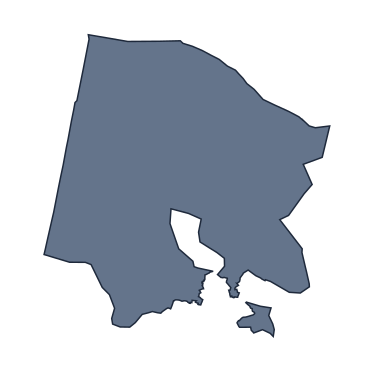 Odogbolu, Ogun, Nigeria (Robinson projection), rotated 101°
{"feature_id": "59680162B50359341822283", "entity_name": "Odogbolu", "entity_type": "district", "adm_level": 2, "iso_a3": "NGA", "parent_name": "Nigeria", "parent_adm1": "Ogun", "projection": "robinson", "projection_center": [3.89, 6.792], "detail": "fine", "context": "isolated", "style": "filled", "palette": "slate", "viewbox_px": 384, "rotation_deg": 101, "n_neighbors": 0, "source": "geoboundaries", "source_scale": "gbopen_adm2", "svg_char_len": 4919}
<svg xmlns="http://www.w3.org/2000/svg" viewBox="0 0 384 384"><g transform="rotate(101 192 192)"><path d="M57.4,323.8L61.6,322.2L64.5,322.2L91.9,322.2L108.6,322.3L123.3,322.4L124.3,322.4L126.5,323.9L134.3,323.8L145.0,323.9L164.0,323.7L171.8,323.8L190.2,323.6L201.1,323.8L212.6,323.9L238.3,323.9L243.6,324.1L265.5,324.8L276.6,325.1L281.6,325.3L284.3,298.8L281.4,283.3L282.5,277.2L302.8,261.9L308.5,253.5L320.9,245.8L331.5,246.7L336.8,244.7L338.2,236.8L336.5,227.3L331.0,222.7L321.6,217.5L318.8,211.6L316.9,208.1L317.1,202.7L316.9,199.5L315.2,198.4L313.8,197.1L311.3,194.7L310.3,193.4L310.5,192.3L310.5,192.0L310.8,190.7L310.1,190.5L308.5,190.2L306.8,189.9L304.5,189.6L302.3,189.4L302.3,188.9L302.1,188.6L301.5,188.2L301.1,187.9L300.9,187.1L300.7,185.8L300.6,184.6L300.6,183.7L300.8,182.4L301.1,181.2L300.8,180.0L300.3,179.3L300.2,178.4L300.1,177.3L300.2,176.8L300.2,176.3L300.3,175.9L300.4,175.7L300.5,175.6L300.8,175.3L300.9,175.2L301.0,175.0L301.1,174.6L301.2,174.3L301.3,174.0L301.3,173.6L301.3,173.2L301.7,173.2L301.6,172.5L301.3,172.5L301.0,172.6L300.7,172.6L300.7,172.0L300.7,171.5L300.7,171.1L299.8,171.1L298.3,171.2L298.3,170.7L298.2,170.2L298.2,169.6L298.2,169.1L298.1,168.6L298.0,167.9L298.0,167.2L298.1,167.3L298.3,167.3L298.8,167.4L299.5,167.6L299.6,167.2L299.7,166.9L299.8,166.6L299.9,166.1L299.9,165.8L300.0,165.6L300.1,165.3L300.0,165.0L300.0,164.7L300.3,164.6L301.2,164.7L301.3,164.3L301.3,163.9L301.3,163.6L301.3,163.2L301.2,162.7L301.2,162.3L301.2,162.0L301.2,161.9L300.8,161.8L300.7,161.8L300.1,161.7L299.4,161.6L298.9,161.5L298.2,161.3L297.5,161.2L297.1,161.1L296.3,161.0L295.6,160.9L295.3,161.8L295.1,162.5L294.8,162.9L294.2,163.6L294.0,164.1L293.7,164.6L293.5,165.6L293.3,165.5L293.0,165.5L292.8,165.5L292.5,165.5L292.4,165.5L292.1,165.5L291.9,165.5L291.7,165.5L291.3,165.5L290.7,165.5L290.4,165.5L290.1,165.2L289.8,164.9L289.5,164.5L289.4,164.4L289.3,164.2L289.2,164.1L288.9,164.3L288.4,164.8L287.9,165.2L287.1,166.1L286.6,165.4L286.2,164.9L285.8,164.3L285.1,163.2L284.9,162.7L284.8,162.2L284.2,162.4L283.8,162.7L282.2,163.9L281.9,164.1L281.8,163.9L281.5,163.7L281.1,163.9L280.8,163.9L280.4,163.8L280.0,163.8L280.0,164.2L280.0,164.5L279.5,164.6L279.3,164.8L279.2,165.0L278.9,164.9L278.7,164.9L278.2,164.9L278.2,164.7L278.2,164.4L278.3,164.3L278.1,164.3L277.7,164.2L277.4,164.0L277.0,163.9L276.7,163.8L276.9,163.6L277.2,163.3L276.4,163.0L275.7,162.8L275.2,162.8L275.0,162.7L274.4,162.9L273.7,163.1L272.9,163.1L271.9,163.3L271.0,163.5L270.2,162.2L268.5,160.2L268.2,159.6L267.4,159.3L265.8,156.1L265.5,171.8L264.9,175.7L259.8,177.9L250.3,194.2L227.2,207.6L212.5,209.4L213.7,191.3L216.8,177.8L230.2,177.9L239.5,174.6L243.5,164.3L246.7,155.9L250.9,147.6L258.7,145.9L268.2,151.2L270.4,147.2L270.3,146.6L270.3,145.3L269.7,144.3L269.8,143.1L269.9,140.9L270.1,140.8L271.3,140.8L271.8,140.9L272.8,141.1L274.1,141.0L274.7,140.3L275.6,139.1L276.8,137.7L277.7,136.5L278.6,135.6L279.0,135.7L279.3,135.8L279.7,135.8L280.0,135.8L280.6,135.9L281.0,135.9L281.1,136.4L281.3,136.9L281.4,137.2L281.9,136.9L282.1,136.8L282.5,136.6L283.2,136.3L283.5,136.1L284.0,135.8L284.3,135.6L284.7,135.4L285.0,135.4L285.6,135.2L286.1,135.0L286.6,134.7L287.0,134.5L286.7,133.6L287.5,133.9L287.3,132.2L287.5,132.1L287.4,131.4L287.8,131.2L287.5,130.3L286.9,130.2L286.8,129.5L286.8,128.7L286.7,127.7L286.6,127.1L285.7,127.1L284.0,126.7L282.0,126.4L281.8,128.2L280.8,128.6L280.2,128.9L279.0,129.5L279.6,131.1L279.4,131.1L279.0,131.2L278.9,131.4L278.6,131.4L278.3,131.5L278.0,131.4L277.8,131.3L277.6,131.3L277.5,131.2L277.1,131.0L276.2,130.2L275.6,129.5L274.8,128.6L273.8,129.8L273.2,130.5L273.2,130.4L272.3,129.6L271.7,129.0L271.3,128.7L271.0,128.4L270.5,128.2L270.1,128.2L269.5,128.2L268.9,128.2L268.5,128.2L267.8,128.3L267.2,128.4L265.0,127.4L263.0,126.4L261.9,126.2L257.9,122.0L262.0,113.4L263.3,108.2L264.0,107.1L264.6,105.1L265.1,103.4L264.1,103.1L264.8,97.9L271.9,77.4L270.5,66.4L262.7,58.7L259.8,59.4L248.2,64.5L244.3,66.3L230.5,72.5L226.7,73.0L202.4,100.6L196.5,92.7L172.3,81.6L161.7,75.5L143.6,88.1L133.1,70.8L100.9,69.4L105.4,83.2L104.8,89.6L99.8,97.5L100.0,97.5L97.8,101.4L94.4,112.7L90.8,127.7L87.6,139.9L79.4,150.6L75.1,158.9L72.3,161.9L70.8,163.5L67.1,168.7L64.1,172.6L61.7,181.2L56.7,190.5L56.4,191.5L53.9,200.2L51.3,208.5L48.9,219.3L47.8,229.3L45.8,232.3L50.2,252.5L56.5,283.8L57.4,323.8ZM290.7,92.3L291.1,103.1L289.7,117.6L290.0,117.7L290.4,118.0L291.8,115.8L293.2,113.2L293.8,113.1L294.8,112.3L295.0,110.7L295.7,110.6L296.6,110.3L297.6,109.8L297.8,108.9L298.2,108.0L298.7,107.5L299.1,107.3L299.5,107.4L299.9,107.6L300.2,107.9L301.2,108.8L301.7,110.0L303.1,112.5L304.3,114.9L304.7,115.9L305.2,117.9L305.8,118.7L307.0,119.6L309.4,121.1L309.4,121.8L311.5,122.8L311.9,122.8L313.7,121.4L315.1,120.3L315.7,119.5L314.8,114.9L313.5,108.7L314.9,108.1L316.5,107.4L317.8,105.4L318.6,104.5L313.7,96.5L315.8,88.3L318.3,84.7L311.4,85.0L306.2,87.5L298.6,93.1L290.7,92.3Z" fill="#64748b" stroke="#1e293b" stroke-width="1.5"/></g></svg>